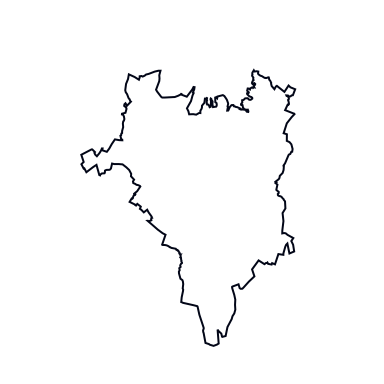 Nusfalau, Salaj, Romania (Equal Earth projection), rotated 291°
{"feature_id": "2599482B13357577818513", "entity_name": "Nusfalau", "entity_type": "district", "adm_level": 2, "iso_a3": "ROU", "parent_name": "Romania", "parent_adm1": "Salaj", "projection": "equal_earth", "projection_center": [22.717, 47.205], "detail": "fine", "context": "isolated", "style": "outline", "palette": "ink", "viewbox_px": 384, "rotation_deg": 291, "n_neighbors": 0, "source": "geoboundaries", "source_scale": "gbopen_adm2", "svg_char_len": 6092}
<svg xmlns="http://www.w3.org/2000/svg" viewBox="0 0 384 384"><g transform="rotate(291 192 192)"><path d="M173.1,308.7L179.0,305.3L181.8,302.3L185.3,303.1L186.2,296.6L187.0,294.3L186.7,292.7L185.7,291.1L188.5,290.1L197.6,287.8L204.8,284.1L210.1,285.1L216.6,282.2L217.6,280.5L218.2,280.0L218.5,279.1L219.6,277.2L219.7,275.9L219.5,275.0L219.6,273.8L219.9,273.3L221.0,272.8L222.1,273.3L223.2,272.9L224.1,270.1L224.4,269.9L229.5,269.1L230.3,266.7L231.3,267.3L231.6,266.3L235.1,268.4L236.4,268.6L238.6,268.2L242.2,269.8L245.4,269.6L249.4,268.4L249.4,268.0L249.7,268.0L252.1,268.6L261.0,268.9L261.7,269.1L262.7,270.1L265.1,270.3L265.5,271.1L268.2,270.5L272.1,267.7L273.5,265.2L273.7,262.2L279.9,259.9L279.7,256.5L290.1,255.9L297.6,258.2L302.2,260.1L301.7,259.6L301.8,249.6L307.8,250.0L307.8,250.7L308.9,251.0L310.7,250.0L312.3,248.7L313.0,249.1L314.1,248.9L315.6,247.5L315.6,245.9L316.0,245.5L316.5,247.0L315.9,248.5L316.6,249.7L317.9,250.4L318.5,251.5L324.9,251.5L325.0,246.4L326.0,244.0L318.6,242.4L321.5,233.2L320.5,232.5L317.5,232.1L319.5,228.4L321.5,227.0L322.3,226.8L324.0,225.0L324.5,223.9L326.5,222.6L326.4,222.1L325.1,220.7L325.0,220.0L324.7,219.7L324.6,218.7L325.2,215.8L325.1,214.1L325.7,211.8L326.3,211.2L328.2,210.7L327.9,209.1L326.9,207.2L327.8,206.1L325.1,205.6L323.7,206.0L323.2,206.4L322.5,206.3L321.9,206.6L320.8,208.3L319.1,208.7L318.6,209.4L317.0,208.8L315.2,208.9L314.5,209.8L316.0,211.2L315.5,212.3L315.0,212.4L314.8,211.6L314.0,211.2L313.8,211.6L314.0,212.0L313.3,211.9L312.5,212.1L312.0,212.7L311.9,212.2L311.0,211.7L311.4,211.0L310.8,210.2L309.3,209.2L308.5,209.4L308.5,209.0L308.8,208.8L309.0,208.2L308.6,206.9L306.3,207.2L305.4,209.3L304.6,209.3L304.4,208.5L303.9,208.0L303.0,208.6L301.9,211.2L301.9,213.5L301.6,214.4L300.8,214.8L299.4,214.0L298.8,213.2L298.7,212.0L299.5,210.4L298.5,208.1L296.4,207.1L295.6,205.9L293.5,206.9L292.0,206.3L291.0,206.5L290.9,207.0L291.4,207.7L291.3,208.0L289.1,209.3L288.0,211.3L288.4,213.7L288.9,214.6L287.6,215.7L286.9,215.8L286.6,214.4L287.0,213.7L287.7,213.4L287.8,212.4L287.3,210.0L286.5,208.3L286.5,207.5L287.0,207.9L287.2,207.4L287.4,203.7L287.1,202.7L287.3,201.1L287.0,200.7L287.2,200.1L288.0,199.5L287.3,197.8L286.5,197.4L284.6,196.8L281.5,196.7L281.0,196.6L280.6,195.7L284.5,195.0L284.7,194.5L287.2,194.2L287.9,193.8L290.4,191.7L291.5,190.3L293.2,187.8L293.5,186.1L290.3,181.6L288.4,181.9L288.6,181.4L289.3,180.7L288.5,179.8L284.2,181.6L283.9,182.9L282.9,183.6L281.4,184.1L280.4,184.0L278.8,181.2L281.3,179.6L284.0,178.7L284.9,177.3L285.8,176.7L286.0,176.0L285.3,176.0L283.6,177.2L278.3,178.9L277.5,178.1L278.7,177.0L279.4,175.9L279.4,175.2L279.1,174.8L279.6,174.2L282.4,173.1L283.0,173.2L283.7,172.6L285.0,172.4L285.1,172.1L284.1,171.4L283.8,170.6L279.7,171.6L276.2,170.4L274.4,171.0L273.0,171.1L270.9,170.7L268.7,171.5L268.4,170.4L265.7,168.2L265.1,165.2L263.5,161.5L266.1,159.7L268.3,157.3L276.5,158.5L282.4,157.9L285.0,158.1L285.2,157.9L285.2,157.2L288.6,157.3L290.8,156.8L290.6,155.8L287.8,155.5L279.1,153.0L279.1,147.5L279.7,147.2L279.7,146.7L278.9,146.4L276.9,144.6L274.5,141.9L270.2,132.2L269.5,130.3L269.8,129.1L270.6,127.8L273.3,123.4L274.6,121.8L283.8,121.7L286.3,121.0L289.3,119.6L293.9,119.1L293.2,117.2L291.0,114.0L286.7,109.2L285.2,107.0L283.6,106.1L282.1,104.6L282.2,103.3L281.3,101.7L280.2,102.1L277.8,102.2L278.8,97.2L279.2,90.9L274.5,91.8L269.3,91.7L263.1,93.2L261.4,94.4L260.1,96.3L257.2,98.9L256.6,99.6L256.2,100.6L254.9,101.6L254.5,102.6L249.3,100.4L251.0,98.1L249.7,97.5L248.1,97.8L247.9,98.7L246.7,100.8L245.9,101.1L242.1,101.5L240.0,98.6L239.3,98.8L239.5,99.9L238.1,101.4L235.9,102.7L234.2,102.9L233.3,102.5L231.2,102.9L227.9,104.5L223.9,104.9L222.0,105.6L221.3,105.1L219.6,105.5L218.9,105.0L215.9,107.0L215.9,108.1L215.3,108.4L214.3,105.4L213.5,101.2L207.9,99.9L202.9,99.2L199.0,98.1L198.8,93.2L200.6,92.9L200.4,92.3L197.8,92.2L194.9,91.6L191.3,90.4L192.2,88.3L193.2,87.2L193.7,86.8L194.5,87.1L196.0,83.6L195.8,83.0L187.1,75.3L181.2,80.1L178.3,78.8L175.0,82.5L175.5,83.0L172.6,86.3L179.9,90.8L183.1,93.1L174.6,99.4L174.6,100.2L175.3,100.1L177.0,101.2L178.1,103.6L178.8,103.7L180.8,103.1L181.4,103.6L182.0,104.3L183.1,106.9L183.7,107.5L184.9,107.9L189.9,107.2L190.2,109.4L191.8,113.5L192.9,117.3L191.5,121.9L190.0,125.5L187.2,128.7L184.8,129.4L182.8,133.5L180.7,133.1L179.3,134.0L179.2,136.2L178.8,137.6L179.1,138.8L179.1,140.1L179.0,141.2L178.6,141.8L173.0,140.5L170.8,139.2L169.6,140.0L169.0,139.9L169.1,138.8L168.2,139.2L167.1,138.7L164.9,139.0L164.2,138.6L164.3,138.0L160.4,137.3L159.8,143.7L159.5,143.7L159.3,144.6L161.3,145.2L160.0,149.4L157.6,149.4L157.2,151.1L155.7,154.3L159.4,156.5L157.4,158.8L155.0,162.5L154.4,163.3L153.9,163.4L153.5,164.0L152.9,163.4L151.7,163.7L151.2,164.2L150.7,163.9L149.1,162.0L149.3,161.1L149.2,160.9L144.6,173.6L143.0,179.3L142.6,182.6L132.1,183.0L132.0,183.4L132.9,186.1L133.1,187.7L133.0,189.3L132.8,190.3L132.5,190.8L132.7,191.3L132.4,192.7L133.2,197.2L132.4,198.2L132.7,199.1L132.3,199.4L132.3,200.2L131.9,200.3L131.0,202.0L130.1,202.2L130.1,202.8L129.5,203.4L129.6,203.7L129.1,203.5L128.6,204.2L127.6,204.5L127.2,204.9L126.7,204.6L126.2,205.5L124.6,206.3L124.3,206.7L123.4,206.9L122.4,208.0L122.0,208.1L121.1,207.5L119.7,207.3L119.0,207.4L118.0,208.2L116.3,207.4L114.6,208.5L113.0,208.3L111.4,209.0L106.9,212.3L106.3,214.6L105.3,215.5L102.9,216.8L98.6,217.9L97.8,218.7L96.3,219.1L90.1,220.1L84.6,221.6L85.0,221.6L85.4,222.1L85.3,223.4L86.9,234.3L87.3,237.8L87.1,238.2L80.0,242.9L69.5,251.5L68.6,251.9L66.9,251.9L65.4,252.6L64.5,253.4L55.9,258.7L56.1,262.2L55.8,263.5L56.1,267.3L58.5,270.0L60.1,271.2L72.7,265.2L71.8,266.4L70.3,270.1L67.7,271.9L67.6,272.2L69.6,275.0L78.6,273.5L87.6,274.6L90.5,274.3L93.8,275.0L97.7,274.6L102.1,272.6L107.0,271.0L111.0,268.4L116.5,264.1L117.7,263.4L118.2,263.6L122.5,268.5L119.3,271.0L119.2,271.5L119.1,272.3L119.8,273.7L121.4,274.4L128.7,277.2L135.6,280.5L141.3,275.8L152.0,278.7L150.6,285.5L152.2,286.5L152.6,287.4L153.2,287.7L152.2,288.8L152.8,292.3L154.3,292.3L154.2,295.4L165.0,294.9L166.1,299.8L167.6,299.3L174.4,298.7L176.5,298.8L178.1,299.5L169.5,305.0L173.1,308.7Z" fill="none" stroke="#020617" stroke-width="2"/></g></svg>